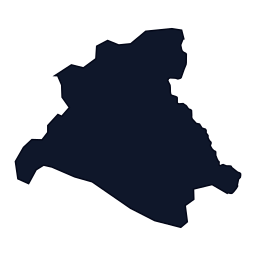 outline of Lawrence, Kentucky, United States of America
{"feature_id": "52423323B59215052326858", "entity_name": "Lawrence", "entity_type": "district", "adm_level": 2, "iso_a3": "USA", "parent_name": "United States of America", "parent_adm1": "Kentucky", "projection": "albers", "projection_center": [-82.636, 38.073], "detail": "fine", "context": "isolated", "style": "filled", "palette": "ink", "viewbox_px": 256, "rotation_deg": 0, "n_neighbors": 0, "source": "geoboundaries", "source_scale": "gbopen_adm2", "svg_char_len": 1672}
<svg xmlns="http://www.w3.org/2000/svg" viewBox="0 0 256 256"><path d="M15.4,161.5L17.9,178.8L28.6,183.6L36.1,169.8L43.6,165.1L51.9,167.0L74.6,176.8L92.2,181.8L130.6,208.3L154.7,220.6L180.8,227.3L187.3,221.8L185.2,205.5L193.8,199.3L193.5,189.0L212.1,184.5L227.2,193.3L227.5,192.9L228.1,192.8L231.1,193.4L232.2,193.1L233.8,191.5L236.2,188.5L237.5,186.3L237.6,185.9L237.2,185.5L238.5,179.2L240.3,177.3L240.6,175.5L240.6,173.9L240.1,173.2L239.4,172.8L237.6,172.2L231.8,167.6L231.1,166.3L230.2,166.0L226.2,165.9L223.2,164.6L222.2,164.8L220.8,165.6L219.7,165.5L219.1,164.8L218.9,164.2L219.1,162.8L219.0,161.7L218.2,161.1L217.0,158.8L215.7,155.4L215.7,151.9L215.2,151.3L213.8,150.7L212.0,148.9L210.5,146.3L210.3,145.1L211.0,143.6L211.0,142.3L209.4,140.6L208.4,138.7L208.0,137.6L208.0,135.5L207.0,134.1L206.1,133.1L206.1,130.3L205.4,129.2L202.0,128.1L199.5,124.1L196.2,123.4L192.2,119.0L191.6,117.2L191.7,115.2L191.5,110.6L190.7,109.7L189.0,109.2L188.3,108.7L186.5,106.1L185.7,105.3L184.7,104.8L183.1,103.6L179.2,103.9L177.9,103.6L177.5,103.2L177.2,102.3L177.2,97.8L176.8,97.1L175.2,96.4L171.9,95.4L171.0,94.8L170.7,94.2L170.3,92.0L170.2,87.5L170.0,85.2L167.7,80.7L168.4,78.6L170.0,77.8L175.5,78.1L177.9,78.9L180.3,78.2L181.1,77.6L184.0,69.3L186.0,64.4L186.2,62.5L186.3,54.1L185.6,53.3L183.4,52.2L182.1,50.9L181.5,49.3L180.7,45.3L180.8,44.5L182.8,39.4L183.6,38.8L183.8,38.8L181.6,30.2L171.9,28.7L145.7,31.3L130.7,43.8L118.7,45.0L107.6,40.5L96.7,46.2L95.9,58.7L83.4,67.9L71.4,64.9L54.9,75.6L57.7,75.7L61.7,85.0L62.1,97.2L69.4,107.5L61.7,116.3L57.9,114.5L47.8,125.5L47.8,132.4L42.0,139.9L31.9,139.6L23.5,147.4L15.4,161.5Z" fill="#0f172a" stroke="#020617" stroke-width="1.5"/></svg>